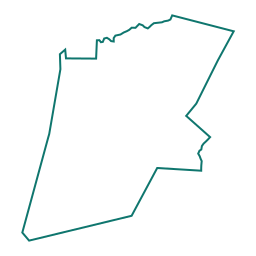 Marcos Parente, Piauí, Brazil
{"feature_id": "56859067B36922386289934", "entity_name": "Marcos Parente", "entity_type": "district", "adm_level": 2, "iso_a3": "BRA", "parent_name": "Brazil", "parent_adm1": "Piauí", "projection": "natural_earth1", "projection_center": [-43.865, -7.082], "detail": "fine", "context": "isolated", "style": "outline", "palette": "teal", "viewbox_px": 256, "rotation_deg": 0, "n_neighbors": 0, "source": "geoboundaries", "source_scale": "gbopen_adm2", "svg_char_len": 831}
<svg xmlns="http://www.w3.org/2000/svg" viewBox="0 0 256 256"><path d="M109.3,39.3L106.9,37.8L104.2,38.5L102.8,41.9L100.9,42.2L99.4,40.2L96.9,40.3L96.1,58.6L66.0,58.4L65.2,49.6L59.9,54.2L60.1,60.2L60.4,69.2L49.2,134.1L48.3,137.2L22.3,232.6L29.1,240.6L113.4,220.2L131.6,215.8L157.2,168.0L201.2,170.7L201.2,168.4L201.3,165.5L201.7,161.1L200.6,158.7L199.7,156.2L198.2,153.6L199.5,150.7L201.3,149.5L201.9,146.0L203.6,143.6L206.0,141.4L208.1,139.3L210.1,137.1L186.2,115.9L196.3,103.6L211.3,73.5L217.9,60.3L233.7,31.3L175.3,16.2L172.2,15.4L170.4,19.5L168.1,20.6L164.2,21.3L162.0,22.3L153.9,23.2L151.4,25.1L149.6,26.9L147.8,28.4L144.5,27.1L142.7,25.3L139.2,24.0L135.5,27.8L131.7,27.7L129.3,29.8L127.0,31.1L123.7,32.5L120.5,34.5L115.4,35.6L113.7,38.1L113.7,41.5L111.1,41.1L109.3,39.3Z" fill="none" stroke="#0f766e" stroke-width="2"/></svg>